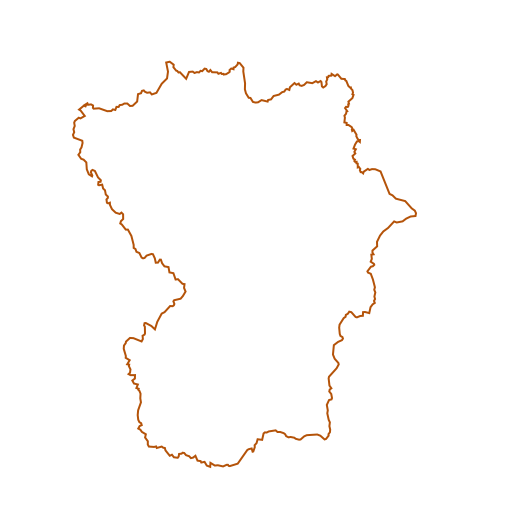 outline of Maevatanana, Betsiboka, Madagascar, rotated 172°
{"feature_id": "10022922B61824869015313", "entity_name": "Maevatanana", "entity_type": "district", "adm_level": 2, "iso_a3": "MDG", "parent_name": "Madagascar", "parent_adm1": "Betsiboka", "projection": "mercator", "projection_center": [47.013, -17.22], "detail": "fine", "context": "isolated", "style": "outline", "palette": "amber", "viewbox_px": 512, "rotation_deg": 172, "n_neighbors": 0, "source": "geoboundaries", "source_scale": "gbopen_adm2", "svg_char_len": 6053}
<svg xmlns="http://www.w3.org/2000/svg" viewBox="0 0 512 512"><g transform="rotate(172 256 256)"><path d="M405.6,428.8L410.8,425.6L409.4,424.4L406.1,418.5L410.7,416.7L412.3,417.6L416.6,414.9L417.5,413.3L417.4,410.0L419.1,407.0L418.8,403.9L420.4,401.4L419.9,398.6L412.0,394.3L412.0,392.1L413.7,387.8L415.3,385.9L415.6,383.2L417.8,380.9L415.6,376.6L413.3,375.4L411.0,372.3L411.5,365.4L410.2,360.2L407.3,357.7L406.9,358.5L407.9,361.9L407.2,363.3L405.9,364.0L403.7,362.6L401.5,355.8L399.1,352.6L399.6,351.1L401.7,351.2L402.4,348.5L401.6,347.9L398.4,348.1L398.0,344.1L396.4,342.1L396.2,337.8L394.4,335.5L394.6,334.2L396.2,332.8L396.2,329.5L395.1,328.7L393.3,329.1L393.5,326.9L392.1,322.4L388.9,318.4L385.1,316.6L383.2,317.7L381.8,315.8L382.4,311.1L384.9,309.3L385.9,307.1L384.5,305.9L381.3,300.3L379.2,300.0L376.6,293.2L375.6,284.0L376.0,281.0L374.4,279.7L373.8,276.8L371.1,275.2L369.5,270.4L368.2,269.4L366.6,269.6L364.3,271.6L359.2,272.6L357.8,272.1L356.5,267.7L356.2,263.3L354.0,263.1L351.7,265.8L350.7,265.6L350.0,261.9L348.1,258.5L344.2,257.2L344.0,251.8L340.2,250.5L338.9,243.9L336.5,243.9L332.7,238.7L330.7,238.1L331.7,234.4L330.7,230.6L334.0,226.5L336.6,224.2L343.2,223.6L344.1,222.6L343.5,219.9L344.2,218.6L345.5,217.9L348.0,218.4L354.4,213.1L357.4,212.1L362.9,204.6L366.3,197.4L369.3,201.2L374.5,205.0L375.7,205.0L376.5,202.9L375.9,201.4L376.7,194.8L377.3,193.7L379.4,192.8L379.6,189.5L381.2,187.3L388.8,191.7L392.2,192.4L396.7,189.3L397.1,187.9L399.2,185.7L399.9,182.5L398.8,175.1L399.2,173.3L395.6,170.4L398.6,166.7L396.7,166.1L397.2,164.6L396.1,161.2L397.0,157.9L398.6,156.8L396.9,155.5L392.4,154.9L393.0,151.5L395.8,149.9L394.6,146.7L390.9,145.2L392.8,141.9L390.7,140.9L391.2,140.0L390.2,138.6L389.5,135.7L390.4,131.1L390.3,127.1L394.2,119.6L395.3,114.9L395.4,110.2L394.6,107.7L393.0,106.4L392.7,104.4L394.9,103.8L396.6,101.5L394.7,100.1L393.5,97.7L389.9,94.8L391.1,91.7L388.9,87.6L389.4,84.4L388.6,82.2L383.5,81.1L381.4,81.3L381.0,79.7L375.9,80.4L374.5,79.0L373.0,78.6L372.7,76.1L369.2,70.2L366.9,70.9L365.3,68.1L361.6,67.1L360.5,68.2L359.7,70.7L357.2,70.6L356.1,71.4L354.5,70.9L353.0,68.5L350.0,67.0L348.6,64.9L346.4,65.1L343.8,66.6L342.4,61.5L339.4,60.6L338.9,59.1L335.6,59.3L333.9,55.3L330.7,53.6L329.9,57.5L325.9,54.2L322.9,54.1L317.9,52.2L314.1,53.3L312.8,53.1L312.3,52.0L311.2,51.6L303.0,52.9L291.6,65.1L290.1,65.7L287.1,66.0L286.6,62.7L285.9,62.8L283.8,66.9L283.7,68.8L281.5,70.6L279.9,74.3L275.5,73.1L273.2,79.2L271.8,80.1L270.0,79.7L267.7,80.5L260.8,80.6L259.2,78.7L256.6,78.4L253.2,76.7L251.9,75.4L251.2,73.4L249.0,71.9L247.0,72.0L243.3,70.7L242.2,69.5L238.9,68.1L237.4,68.1L233.4,70.7L230.7,71.5L220.2,70.7L217.3,69.1L213.6,64.8L212.1,65.1L209.1,68.0L209.0,69.5L207.3,71.2L206.7,73.8L207.0,77.3L206.0,81.0L206.8,83.6L207.3,90.3L206.4,93.1L206.6,98.7L203.7,103.2L201.2,103.5L200.5,104.7L200.7,108.9L202.3,111.6L201.6,113.5L199.8,114.5L201.3,117.4L201.1,124.7L200.5,126.3L191.8,133.6L189.2,137.1L189.3,138.6L192.4,143.3L193.5,147.7L191.3,156.9L186.7,159.5L182.6,160.7L181.4,162.1L181.7,163.7L183.5,165.1L183.9,167.2L183.6,173.5L182.8,176.4L177.8,182.3L175.8,183.3L175.2,185.2L173.1,186.0L171.4,187.9L169.4,187.1L165.9,181.8L164.6,181.2L161.1,182.1L158.5,181.9L157.8,185.5L155.9,185.4L151.8,183.7L149.7,189.4L147.2,191.9L144.9,193.0L145.4,195.1L144.1,196.8L144.4,199.4L142.9,203.3L143.6,206.1L142.6,208.5L143.5,216.5L144.8,222.4L147.4,224.0L147.8,225.3L143.7,229.4L141.7,229.6L140.1,230.8L140.3,231.8L143.2,234.4L141.7,237.0L141.6,241.3L139.4,241.3L140.2,243.3L139.9,245.2L134.7,248.7L134.2,253.2L130.3,259.0L126.5,262.6L121.3,265.4L114.4,271.0L112.0,269.6L106.0,269.9L102.1,272.1L97.4,273.6L92.5,273.4L91.6,276.1L92.4,278.8L95.2,281.5L100.6,289.6L109.5,293.3L112.4,297.1L115.1,298.9L120.9,322.4L125.8,325.3L129.0,325.9L131.7,325.4L133.1,326.7L137.6,324.5L138.4,322.9L139.7,324.4L140.7,324.5L141.2,326.5L140.6,327.7L141.8,329.9L142.9,329.6L142.4,333.3L143.6,333.8L143.3,335.3L144.7,335.4L145.4,336.4L144.6,337.6L146.0,338.8L146.5,341.6L143.4,343.7L144.1,345.4L142.3,347.8L144.5,348.8L142.4,352.6L140.1,355.4L138.2,355.5L137.3,354.5L136.9,356.4L138.2,356.5L139.1,358.0L140.0,360.7L139.6,362.1L141.7,367.2L143.3,366.4L143.5,367.9L142.8,368.7L143.3,370.3L146.2,372.9L148.0,373.1L147.7,375.2L149.9,376.0L148.7,380.6L148.9,382.6L147.0,384.4L146.3,386.5L145.5,386.7L147.2,390.1L146.1,391.2L144.4,390.8L143.5,391.9L143.6,393.4L142.7,393.8L143.0,396.0L138.6,398.9L137.0,402.0L138.0,402.7L137.2,404.3L137.4,406.8L138.7,408.7L138.6,409.7L139.5,409.8L140.9,411.6L142.2,416.8L143.1,417.5L143.4,418.9L146.8,419.6L149.7,424.3L150.3,424.6L152.7,423.1L155.8,425.8L156.3,424.1L159.0,424.3L159.6,423.0L160.9,423.1L160.9,420.9L162.2,419.0L162.1,416.3L163.6,414.6L166.0,413.5L167.1,414.8L167.0,419.2L167.7,420.3L170.5,419.2L172.3,420.8L176.2,419.3L181.5,421.0L184.6,418.7L187.1,418.1L189.1,419.0L189.7,420.8L192.2,420.0L193.8,421.9L198.9,418.4L199.9,415.8L202.1,417.1L203.5,416.7L205.1,414.9L207.3,414.6L210.8,412.6L216.3,412.0L219.3,409.0L222.3,408.8L223.0,407.3L228.8,409.6L232.6,407.9L235.1,408.0L237.6,409.0L239.5,413.3L241.2,413.7L243.3,418.5L243.8,422.6L242.8,428.5L242.9,440.5L242.2,444.2L245.3,449.3L247.0,449.9L247.5,448.3L250.3,446.0L252.0,445.7L252.3,444.1L254.4,445.1L256.3,443.8L256.4,442.1L257.1,441.6L260.3,440.2L262.7,440.2L262.9,440.9L264.5,441.0L265.2,442.2L267.9,441.7L268.7,443.2L273.9,444.1L275.3,446.5L277.0,445.0L278.3,445.8L279.2,448.1L280.8,448.7L283.6,446.5L285.1,447.1L286.9,445.7L289.0,446.3L291.4,445.8L293.0,447.4L296.7,447.6L300.5,441.2L305.8,448.6L307.2,448.5L308.2,450.2L309.2,450.6L311.5,454.4L310.9,456.9L314.4,460.4L318.0,460.1L317.5,450.8L319.4,444.2L325.4,439.7L331.9,431.4L336.7,430.5L338.2,432.8L341.1,432.8L343.1,434.1L344.1,435.6L345.9,435.4L347.2,433.2L350.3,432.7L352.2,425.5L357.3,421.9L359.9,422.1L362.2,424.9L365.2,425.3L367.4,424.4L370.0,424.4L371.3,422.7L373.4,423.1L375.0,420.2L377.3,421.1L379.2,419.7L383.1,420.1L390.8,424.1L396.3,424.5L396.9,425.4L396.4,427.7L398.3,429.1L401.3,429.1L401.7,430.7L404.4,429.5L403.4,428.9L404.0,427.9L405.6,428.8Z" fill="none" stroke="#b45309" stroke-width="2"/></g></svg>